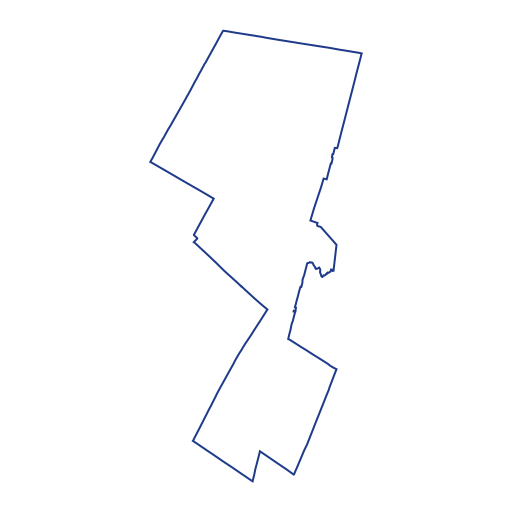 the district of Boldu, Buzau, Romania
{"feature_id": "2599482B96550802380663", "entity_name": "Boldu", "entity_type": "district", "adm_level": 2, "iso_a3": "ROU", "parent_name": "Romania", "parent_adm1": "Buzau", "projection": "albers", "projection_center": [27.244, 45.287], "detail": "fine", "context": "isolated", "style": "outline", "palette": "blue", "viewbox_px": 512, "rotation_deg": 0, "n_neighbors": 0, "source": "geoboundaries", "source_scale": "gbopen_adm2", "svg_char_len": 4747}
<svg xmlns="http://www.w3.org/2000/svg" viewBox="0 0 512 512"><path d="M193.6,439.7L193.6,439.8L193.4,440.2L193.2,440.5L192.9,440.9L193.1,441.0L193.4,441.2L193.8,441.5L194.6,442.0L195.1,442.4L196.2,443.1L197.7,444.1L202.8,447.6L203.6,448.1L204.2,448.5L206.9,450.4L212.9,454.4L214.5,455.5L221.1,460.0L222.3,460.9L228.1,464.7L231.7,467.1L240.9,473.4L241.0,473.5L245.2,476.3L251.8,480.8L252.6,481.3L254.3,474.4L254.8,471.8L255.3,469.3L256.4,465.2L259.1,454.7L259.6,452.8L259.9,451.3L261.7,452.5L268.9,457.4L277.8,463.5L286.4,469.3L287.1,469.8L290.4,472.2L291.2,472.8L292.5,473.7L293.2,474.2L293.3,474.3L293.5,474.4L293.6,474.5L293.8,474.6L294.0,474.5L294.3,473.8L294.7,472.7L295.2,471.6L295.7,470.3L296.6,468.4L299.1,462.5L300.1,460.1L304.4,449.9L307.1,444.4L313.7,427.6L315.1,424.0L321.2,408.7L327.0,394.1L328.8,389.8L329.2,388.3L330.1,385.8L331.3,382.7L334.5,374.3L334.7,373.7L335.0,373.0L336.0,370.5L336.5,369.2L334.4,368.1L334.1,368.1L333.7,367.8L332.0,366.8L329.6,365.4L329.4,365.0L328.8,364.5L325.0,362.0L312.8,354.4L306.2,350.1L303.9,348.7L300.6,346.7L295.2,343.2L291.7,341.0L290.8,340.4L289.2,339.5L288.2,339.0L289.5,333.5L290.1,331.4L290.9,328.0L291.0,327.0L291.1,326.7L291.6,324.3L291.7,323.8L292.2,322.6L292.5,321.8L292.8,321.0L293.6,317.8L294.0,316.2L294.6,314.0L295.2,311.9L293.6,311.5L293.8,310.7L295.5,311.1L295.8,308.6L296.0,307.6L294.9,307.3L295.0,306.6L295.7,304.5L296.7,300.5L297.8,296.6L298.9,292.2L300.3,287.2L300.6,286.7L301.3,286.9L301.8,285.2L302.2,283.7L302.3,283.1L302.4,282.6L302.5,280.3L302.6,279.8L302.7,279.3L303.0,278.4L303.3,277.5L303.5,276.8L303.9,276.0L304.3,274.7L307.2,263.3L309.0,262.8L309.7,262.2L311.0,262.6L311.6,262.4L312.5,262.8L313.6,265.0L314.5,266.4L315.4,267.7L315.4,268.4L316.0,269.0L318.3,268.2L319.1,267.6L319.6,268.3L320.0,269.0L320.2,269.4L320.2,269.9L320.3,270.4L320.0,272.0L320.4,273.3L321.1,275.0L321.4,276.3L321.9,276.8L322.5,276.9L323.5,275.4L323.8,275.3L324.6,275.5L326.2,274.3L325.9,274.3L327.6,272.5L329.1,272.5L329.8,272.2L330.9,270.6L331.1,269.5L332.0,269.7L332.2,270.8L332.9,271.0L333.4,270.1L333.6,270.2L333.7,269.2L336.5,244.8L320.8,227.0L319.5,226.5L318.0,226.2L317.8,226.1L317.3,225.8L317.2,225.3L317.1,225.1L317.1,224.2L317.5,223.0L310.4,220.5L313.1,211.5L313.9,208.7L317.9,196.7L319.3,192.5L320.7,188.3L321.7,185.1L323.6,178.6L324.1,178.7L326.7,179.3L328.3,172.9L328.9,170.7L330.2,165.7L330.8,163.5L331.4,163.6L331.7,162.5L332.5,159.3L332.5,158.8L332.5,158.5L332.6,158.0L332.2,157.7L331.9,157.4L332.2,155.6L332.5,154.2L333.2,154.2L334.8,147.9L337.2,148.1L337.5,147.4L338.5,143.6L339.4,139.8L340.4,136.0L341.4,132.0L342.4,128.1L344.4,120.5L348.6,104.1L353.3,86.0L355.5,77.3L355.8,75.9L358.0,67.5L360.6,57.6L361.3,54.6L361.7,53.4L361.2,53.3L358.8,52.8L356.4,52.4L353.9,52.0L349.7,51.3L345.5,50.6L339.6,49.7L337.5,49.3L330.9,48.1L327.3,47.5L323.8,47.0L298.2,43.0L294.2,42.3L287.1,41.2L275.8,39.4L266.4,37.8L261.3,36.8L236.1,32.8L230.7,31.9L229.2,31.6L226.2,31.1L225.1,31.0L223.3,30.7L223.1,30.8L222.3,32.1L219.1,37.9L216.1,43.5L214.4,46.5L209.1,56.1L207.6,58.8L207.0,59.9L205.4,62.8L204.6,63.9L204.3,64.4L203.7,65.7L203.0,66.9L201.9,68.9L201.3,70.1L200.8,71.0L200.4,71.8L200.1,72.1L199.1,74.0L198.0,76.1L197.2,77.6L196.5,79.0L195.8,80.1L194.5,82.4L193.7,84.0L190.2,90.7L189.7,91.5L188.1,94.5L186.7,96.8L186.6,97.2L184.6,100.7L181.0,107.1L172.3,122.4L170.9,124.9L169.5,127.2L169.3,127.5L168.5,128.8L167.9,129.8L166.4,132.6L166.0,133.2L165.8,133.7L165.1,134.9L164.9,135.4L164.8,135.5L164.4,136.2L164.1,136.8L163.4,138.0L163.2,138.2L161.9,140.4L161.4,141.3L159.7,144.2L159.1,145.4L158.5,146.5L156.6,150.2L155.1,153.1L154.5,154.2L152.3,158.4L151.5,159.8L150.3,161.9L151.9,162.8L154.2,164.1L156.4,165.4L158.0,166.3L165.1,170.4L181.9,180.2L196.5,188.6L200.2,190.7L210.9,197.0L213.7,198.6L208.9,207.4L207.6,209.7L205.5,213.4L199.6,224.3L194.3,234.1L193.9,234.8L194.0,235.2L196.5,237.5L196.9,237.9L197.1,238.0L197.3,238.4L197.2,238.7L196.9,239.0L195.8,240.1L193.8,242.1L194.1,242.3L195.2,243.3L197.4,245.2L199.9,247.6L211.0,257.9L212.3,259.2L213.4,260.2L214.7,261.5L214.8,261.5L223.1,269.7L224.4,271.0L226.1,272.5L227.5,273.8L231.5,277.4L233.5,279.2L235.4,280.9L237.8,283.1L241.1,286.3L241.2,286.1L245.1,289.8L249.7,294.0L253.6,297.6L256.2,299.9L258.1,301.6L262.6,305.5L265.6,308.0L267.4,309.5L261.8,318.3L259.0,322.7L256.1,327.1L254.0,330.4L251.0,335.2L245.6,343.2L243.7,346.2L240.9,350.9L239.4,353.1L235.6,359.6L234.2,362.3L233.6,363.6L230.4,369.3L227.5,374.5L223.2,382.3L222.2,384.1L220.6,387.0L219.8,388.4L218.3,391.2L217.1,393.4L215.8,396.2L214.8,398.1L213.6,400.5L213.5,400.8L213.0,401.7L210.9,405.9L208.7,410.0L208.0,411.4L206.2,415.0L205.2,416.9L203.2,420.9L200.0,427.2L198.3,430.5L196.4,434.2L195.6,435.7L193.9,439.0L193.6,439.7Z" fill="none" stroke="#1e3a8a" stroke-width="2"/></svg>